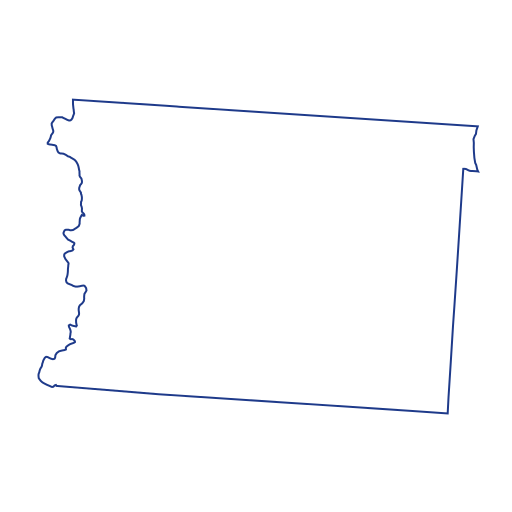 Anlong Veaeng, Siemréab, Cambodia (Natural Earth projection), rotated 274°
{"feature_id": "14789045B31734581894199", "entity_name": "Anlong Veaeng", "entity_type": "district", "adm_level": 2, "iso_a3": "KHM", "parent_name": "Cambodia", "parent_adm1": "Siemréab", "projection": "natural_earth1", "projection_center": [103.997, 14.166], "detail": "fine", "context": "isolated", "style": "outline", "palette": "blue", "viewbox_px": 512, "rotation_deg": 274, "n_neighbors": 0, "source": "geoboundaries", "source_scale": "gbopen_adm2", "svg_char_len": 4156}
<svg xmlns="http://www.w3.org/2000/svg" viewBox="0 0 512 512"><g transform="rotate(274 256 256)"><path d="M400.8,468.2L400.6,422.1L399.5,168.8L399.6,166.5L399.6,154.3L399.2,62.5L398.2,62.6L396.6,62.7L394.4,62.9L392.7,63.2L390.4,63.6L389.3,63.9L387.4,64.2L385.7,64.6L384.5,64.3L382.9,63.8L380.8,63.3L379.2,62.4L378.4,61.5L378.1,60.1L378.7,58.1L379.5,56.3L380.4,53.9L380.9,53.0L380.8,51.6L380.6,49.2L380.3,47.1L379.3,46.1L378.3,45.4L376.6,44.5L375.0,43.4L373.9,42.9L372.1,43.1L371.1,43.5L368.9,44.2L367.7,44.7L366.5,45.1L365.4,45.0L364.8,44.8L363.8,44.2L362.6,43.4L361.8,43.1L360.4,42.9L359.2,42.6L358.4,42.3L356.2,41.4L355.5,40.9L354.5,40.3L353.4,40.4L353.1,41.2L352.9,42.3L352.8,44.5L352.6,46.0L352.5,47.4L351.9,48.8L350.7,49.4L349.1,49.8L348.3,50.1L346.4,51.0L345.4,51.8L344.6,53.6L344.7,54.9L344.6,56.8L344.1,58.1L343.6,59.3L343.2,60.0L342.3,61.5L342.0,63.0L341.8,63.6L341.2,64.5L340.7,65.6L339.3,68.3L338.1,69.6L337.4,70.2L335.9,71.2L334.9,71.8L333.3,72.5L331.3,73.1L330.0,73.4L328.2,74.0L326.6,74.1L325.1,74.3L324.1,74.3L322.9,74.8L322.5,75.1L321.8,75.8L320.9,76.5L320.2,76.7L318.8,77.1L318.0,77.2L316.9,77.2L315.4,76.4L314.6,75.7L313.2,75.3L311.7,74.9L310.4,74.9L309.4,75.2L308.5,75.8L307.5,76.6L306.8,77.0L306.0,77.0L305.5,77.2L305.1,77.5L304.1,77.8L303.0,78.1L301.7,78.3L299.8,78.3L299.0,78.2L297.8,77.7L296.3,77.8L294.7,77.8L293.8,78.2L292.7,78.7L291.1,79.1L290.4,79.1L289.3,79.1L288.3,79.2L287.3,79.9L286.6,80.8L285.9,81.5L285.1,81.9L284.3,82.0L284.1,81.4L284.2,80.7L284.8,79.4L284.1,79.0L282.9,78.5L281.8,78.0L280.5,77.7L278.9,77.7L277.2,77.7L275.9,77.8L274.8,77.5L273.7,77.2L273.0,76.6L272.6,76.1L271.5,74.9L270.7,73.7L269.9,72.7L269.2,71.7L268.9,70.5L268.7,69.0L268.9,68.0L269.1,67.4L269.1,66.4L269.0,65.2L268.8,64.1L268.2,63.3L267.3,62.9L265.9,62.4L265.0,62.4L264.1,62.8L263.2,63.4L262.3,64.4L261.3,65.3L260.3,66.3L259.2,67.4L258.7,68.8L258.2,69.9L257.5,71.1L256.6,73.4L256.1,73.9L255.6,73.9L255.0,73.8L254.4,73.6L253.9,73.3L253.1,72.6L252.3,72.5L251.8,72.4L250.9,72.8L249.9,73.4L248.8,72.6L248.5,72.0L247.9,70.5L247.8,70.0L247.6,68.9L247.0,67.8L246.5,67.0L245.7,65.9L245.0,65.0L244.0,64.6L243.0,64.6L242.2,64.7L239.7,66.1L237.8,67.8L236.1,69.3L235.1,69.6L234.4,69.4L232.4,69.4L230.0,69.3L227.9,69.4L226.4,69.4L224.5,69.3L223.0,69.1L221.1,68.6L219.9,68.2L218.3,68.2L216.6,68.8L215.6,69.9L215.0,71.6L214.2,74.2L213.4,75.8L212.9,78.1L213.0,79.9L213.5,82.2L214.1,84.1L214.5,85.9L214.3,87.0L213.3,87.9L212.1,88.8L209.8,89.3L208.1,88.5L206.3,87.5L204.6,87.4L203.1,87.4L201.4,87.6L199.1,87.4L197.5,86.5L196.4,85.7L195.5,84.7L194.5,83.7L192.9,83.0L191.2,82.8L189.5,82.9L188.6,83.1L186.6,83.5L185.2,83.5L183.8,82.9L182.4,81.8L181.5,81.3L180.4,81.0L179.1,81.0L177.1,81.2L175.5,81.6L174.1,82.1L173.1,81.4L173.3,80.7L173.4,79.8L173.6,78.4L173.9,77.1L174.3,76.1L174.6,75.4L173.7,74.1L173.0,74.2L172.3,74.4L171.6,74.8L170.5,75.4L169.7,75.8L168.6,76.2L167.3,76.5L165.8,76.3L164.6,76.3L163.4,76.2L162.9,76.1L162.0,76.1L160.7,75.9L160.1,76.7L160.2,77.5L160.3,78.9L159.7,79.9L159.2,80.5L158.3,81.3L157.5,81.4L157.0,80.8L156.4,79.7L155.8,78.3L155.2,76.9L154.4,75.7L153.8,74.9L152.3,73.2L151.2,72.7L149.5,72.9L148.8,71.5L148.3,69.5L147.7,67.6L147.2,66.2L146.0,64.8L145.3,64.0L143.6,63.1L143.0,62.8L142.1,62.8L140.7,62.7L139.6,62.3L139.1,61.5L138.9,60.2L139.4,58.2L140.1,56.4L140.6,55.3L140.8,54.1L140.7,53.5L139.7,52.4L138.8,52.0L137.8,51.5L136.5,51.0L135.3,50.8L133.6,50.3L132.3,50.2L131.5,50.1L130.1,49.6L129.1,49.0L127.9,48.5L126.2,48.1L124.9,47.9L123.3,47.4L122.1,47.3L120.5,47.5L119.0,47.8L118.1,48.5L116.4,50.0L115.3,51.4L114.7,52.4L114.0,53.9L112.9,56.5L112.3,58.3L111.7,60.0L111.2,61.2L111.2,62.2L111.5,63.0L112.3,63.7L112.8,64.1L113.1,64.6L113.4,65.4L112.5,66.0L111.3,168.8L111.8,293.2L111.9,311.4L112.3,422.2L112.3,458.2L128.4,457.9L163.2,457.7L199.9,457.4L220.4,457.4L255.9,457.3L292.6,457.1L357.4,456.7L357.5,457.6L357.5,458.5L357.3,459.8L356.8,460.8L356.3,462.0L355.9,463.3L355.8,464.4L355.9,465.9L355.9,467.9L355.9,469.3L355.9,470.9L355.8,471.7L357.6,470.7L362.2,469.3L364.1,468.2L369.1,467.0L375.2,466.1L379.8,465.6L384.0,465.4L387.8,464.8L391.2,465.9L393.1,466.9L396.7,467.1L400.8,468.2Z" fill="none" stroke="#1e3a8a" stroke-width="2"/></g></svg>